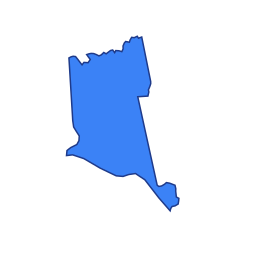 the district of São Roberto, Maranhão, Brazil, rotated 233°
{"feature_id": "56859067B29167926577350", "entity_name": "São Roberto", "entity_type": "district", "adm_level": 2, "iso_a3": "BRA", "parent_name": "Brazil", "parent_adm1": "Maranhão", "projection": "albers", "projection_center": [-45.033, -5.022], "detail": "fine", "context": "isolated", "style": "filled", "palette": "blue", "viewbox_px": 256, "rotation_deg": 233, "n_neighbors": 0, "source": "geoboundaries", "source_scale": "gbopen_adm2", "svg_char_len": 1151}
<svg xmlns="http://www.w3.org/2000/svg" viewBox="0 0 256 256"><g transform="rotate(233 128 128)"><path d="M216.6,129.1L218.3,127.4L219.1,125.4L219.5,123.0L173.0,92.2L167.3,88.4L161.5,85.2L156.5,84.7L151.0,84.3L147.4,81.2L145.6,77.2L146.8,70.6L146.8,68.2L146.7,65.7L143.0,62.3L139.9,67.6L130.2,74.3L112.5,81.7L96.9,89.8L92.3,94.9L90.4,100.6L87.1,106.6L76.5,110.3L53.4,110.6L36.5,111.8L38.0,113.7L38.8,116.0L37.5,118.7L37.1,122.3L39.2,124.5L41.2,126.3L43.8,125.1L48.9,128.1L50.7,129.6L54.0,131.1L58.8,128.1L61.3,125.8L61.1,123.3L61.5,119.9L62.8,117.4L64.8,116.9L75.1,121.6L114.9,139.8L147.1,154.6L141.5,163.1L144.2,166.3L146.2,167.3L147.9,170.2L149.7,172.8L151.5,174.1L192.4,193.7L193.4,190.4L195.7,190.6L196.4,187.3L198.2,185.5L197.1,182.8L195.7,180.7L198.5,178.2L198.1,176.2L196.5,173.4L194.1,171.7L192.7,169.0L195.2,167.2L197.2,164.8L196.2,162.7L199.5,162.7L200.4,160.7L200.4,158.5L200.4,155.2L202.9,154.1L202.5,150.6L203.1,148.2L205.7,146.9L208.1,145.4L209.8,143.4L210.7,141.5L211.5,139.2L208.6,139.1L205.4,139.1L204.2,135.4L206.9,132.3L206.1,129.3L209.1,129.2L212.9,129.2L216.6,129.1Z" fill="#3b82f6" stroke="#1e3a8a" stroke-width="1.5"/></g></svg>